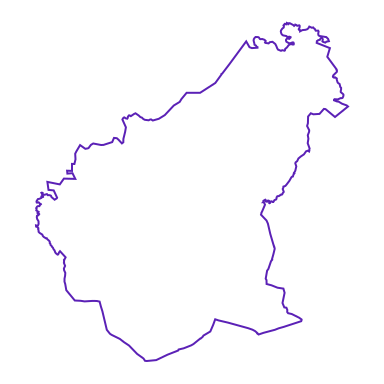 outline of Šķeltovas pag., Aglonas, Latvia
{"feature_id": "27541924B92789434462497", "entity_name": "Šķeltovas pag.", "entity_type": "district", "adm_level": 2, "iso_a3": "LVA", "parent_name": "Latvia", "parent_adm1": "Aglonas", "projection": "orthographic", "projection_center": [27.046, 56.047], "detail": "fine", "context": "isolated", "style": "outline", "palette": "violet", "viewbox_px": 384, "rotation_deg": 0, "n_neighbors": 0, "source": "geoboundaries", "source_scale": "gbopen_adm2", "svg_char_len": 5801}
<svg xmlns="http://www.w3.org/2000/svg" viewBox="0 0 384 384"><path d="M328.9,41.2L328.1,38.9L326.3,37.1L319.6,36.0L318.7,35.5L318.4,35.0L318.2,33.8L318.6,31.5L318.2,30.7L315.7,30.7L314.7,28.8L314.2,28.6L313.1,27.4L312.0,27.8L309.3,26.6L308.4,28.2L307.3,29.2L305.5,29.8L302.4,30.1L300.1,31.3L300.1,30.6L300.0,30.1L299.0,29.8L298.8,29.4L299.1,29.1L298.9,28.8L299.5,27.8L299.7,26.6L299.6,25.6L299.2,25.3L297.2,25.8L296.3,25.0L295.3,24.6L295.1,25.1L294.1,25.9L293.5,25.2L289.8,23.2L288.8,23.2L288.5,23.5L288.8,23.8L288.4,24.1L288.2,23.5L287.0,23.0L287.0,23.7L286.2,24.4L285.9,24.3L285.9,23.9L284.8,23.8L283.5,25.4L283.9,25.9L283.7,27.5L282.2,28.7L281.0,30.5L280.8,31.6L281.3,33.5L281.9,34.5L283.1,35.4L286.2,36.0L287.6,37.0L289.5,36.7L290.6,37.1L290.6,37.5L289.2,38.9L287.1,38.3L286.0,39.8L286.0,40.7L286.5,41.8L288.8,43.1L290.1,43.3L292.5,42.4L293.4,42.5L293.8,43.3L293.7,44.4L293.0,44.6L291.5,44.2L290.0,44.3L288.6,45.2L286.9,47.5L285.2,48.9L285.0,50.2L284.6,50.7L282.2,50.2L281.0,50.8L278.0,49.6L277.2,48.3L276.4,46.2L275.3,44.0L272.5,41.8L269.8,42.2L268.6,43.4L265.4,42.9L265.0,42.5L265.7,41.0L264.5,39.8L262.2,39.0L260.5,39.2L259.8,38.9L258.9,37.5L258.1,37.1L255.6,37.0L254.6,37.9L253.8,39.2L253.6,40.5L254.0,42.2L254.3,43.1L254.5,44.7L256.0,45.6L256.6,46.7L257.5,47.1L257.5,47.7L251.9,48.1L249.5,47.2L246.2,41.4L229.6,63.9L222.2,73.6L221.4,74.0L221.4,74.6L215.3,83.0L200.1,92.8L186.6,92.8L181.4,99.1L179.7,101.9L173.8,105.5L164.8,115.1L158.8,118.8L152.8,120.5L151.0,119.4L149.9,119.6L148.7,120.3L144.8,119.8L143.3,119.0L141.9,117.6L140.4,117.1L138.7,115.5L135.5,113.3L134.0,114.0L130.8,116.2L130.5,116.1L129.7,115.4L128.9,115.4L127.9,116.7L127.8,117.8L127.2,118.7L125.6,118.3L124.4,117.4L123.7,117.6L122.9,118.5L122.4,119.5L125.9,127.3L125.1,132.0L123.4,138.9L123.3,142.3L121.9,143.4L118.5,139.7L116.8,138.2L114.0,137.9L112.2,142.1L103.5,144.9L101.1,145.0L93.2,143.5L90.9,144.9L88.5,148.1L87.6,148.4L85.3,148.8L80.1,145.1L76.3,151.5L75.2,153.7L75.5,159.3L74.4,164.0L72.0,163.9L72.0,170.9L67.1,170.7L67.4,173.6L72.5,173.2L75.3,178.9L63.9,178.6L59.8,184.4L47.4,181.9L48.5,189.9L53.7,190.4L57.1,197.7L56.7,198.4L54.6,199.7L52.0,197.5L51.4,196.9L51.0,195.8L50.6,195.5L49.1,195.1L47.8,195.2L46.9,194.1L44.4,194.8L43.0,194.5L42.6,194.2L42.7,193.0L41.9,192.6L41.4,192.8L42.2,194.5L42.5,195.6L43.1,196.6L43.1,196.9L42.4,197.2L41.4,196.6L41.3,196.8L41.4,197.7L41.2,198.0L39.4,198.8L37.9,199.1L36.5,201.3L36.7,202.5L37.0,202.7L38.6,202.3L39.2,202.8L39.8,203.8L40.7,203.9L40.9,204.2L40.0,205.0L39.4,206.1L38.0,206.1L37.4,206.4L36.9,206.9L36.2,208.1L36.6,208.5L36.6,209.1L36.3,210.4L38.4,211.8L37.5,212.5L37.6,213.5L38.0,213.8L38.8,213.5L39.2,214.1L38.3,215.3L37.0,215.8L36.9,216.4L36.8,217.3L37.2,219.1L38.5,221.2L38.6,223.9L38.0,225.4L37.6,225.8L36.0,225.4L36.1,226.6L37.5,227.1L38.4,228.2L38.1,229.0L38.5,230.1L38.6,231.8L39.6,232.9L42.3,234.6L42.8,235.9L43.7,236.9L45.9,238.3L46.7,238.2L47.1,239.0L49.2,240.9L49.7,241.6L49.8,242.6L49.7,243.0L50.4,243.8L50.5,244.9L51.8,246.2L52.0,246.8L52.9,247.7L53.7,249.5L54.5,250.3L55.2,252.3L55.8,253.2L57.5,254.6L58.2,254.4L59.1,252.3L60.0,251.2L65.6,257.3L64.9,258.8L64.0,259.8L64.2,260.5L64.0,260.8L64.1,262.6L63.9,262.9L65.1,265.9L63.9,268.5L64.1,270.2L65.3,272.9L65.1,275.7L64.5,278.7L64.5,281.7L65.2,283.9L66.3,290.2L74.8,300.5L80.6,300.8L84.6,301.4L92.7,300.9L96.9,301.0L99.6,301.6L100.9,306.5L102.4,311.3L106.8,329.8L109.9,333.7L111.5,334.8L119.8,338.9L123.9,342.1L129.0,345.5L137.1,353.9L143.5,358.5L145.0,360.8L146.8,361.0L156.2,360.1L167.5,354.7L178.2,350.5L178.6,349.5L183.7,348.3L191.1,345.4L193.4,344.1L200.3,338.5L200.6,338.6L202.7,336.8L203.4,335.6L210.3,331.5L213.2,324.8L215.2,319.3L218.5,320.4L227.9,322.6L248.2,328.2L252.5,329.7L255.1,331.1L257.3,333.0L258.0,333.8L257.8,333.9L258.6,334.5L263.6,332.8L274.9,329.8L278.7,328.3L283.7,326.9L301.2,321.2L301.6,320.0L301.6,319.5L299.1,317.7L291.7,314.0L288.1,313.2L287.2,312.0L287.3,309.9L286.4,307.7L284.3,307.4L282.5,303.0L284.6,292.8L283.4,288.6L277.5,287.7L271.5,285.3L266.6,284.0L266.5,280.1L265.7,278.7L267.1,270.7L268.4,268.9L271.0,261.2L272.0,260.0L271.8,259.9L273.4,254.2L274.7,248.8L274.4,247.2L274.0,246.1L273.9,246.2L270.3,234.0L267.9,223.6L266.5,220.5L261.0,214.7L261.3,213.8L261.4,212.8L262.1,211.5L265.0,204.7L263.8,202.2L263.3,202.2L263.5,202.0L263.3,201.5L263.4,200.8L265.3,199.7L265.8,200.2L265.8,201.4L266.1,201.6L267.1,201.7L267.9,200.6L268.6,200.6L269.1,200.9L269.4,201.4L269.1,202.9L269.5,203.2L270.1,202.9L270.7,201.6L271.1,201.3L271.7,201.3L272.6,202.0L273.3,202.0L274.5,200.1L276.2,199.4L276.5,198.6L276.6,197.3L277.4,196.2L278.9,196.1L279.8,195.3L280.6,195.2L281.1,194.5L282.2,194.4L282.9,192.9L283.6,192.2L283.7,191.6L282.7,189.0L283.4,187.5L283.4,186.6L285.4,185.9L286.6,184.5L289.4,180.8L291.3,177.4L292.0,176.7L292.9,176.5L293.5,174.5L294.2,173.6L293.8,173.4L293.9,172.9L294.7,171.9L295.3,170.7L296.3,166.4L295.3,163.3L295.6,162.4L297.2,161.1L298.4,158.5L300.9,156.4L303.9,154.4L306.1,151.3L307.8,150.7L309.1,151.5L309.4,150.4L309.3,149.4L309.6,148.5L307.7,143.2L308.4,138.7L307.8,135.2L309.1,131.8L309.2,130.2L307.1,126.0L307.9,123.3L308.1,116.5L310.8,113.3L313.4,114.3L319.5,113.9L323.9,108.9L325.5,109.1L335.0,117.0L348.0,106.5L346.7,105.4L342.0,103.7L338.4,101.5L337.1,101.5L334.0,100.3L334.0,99.8L334.5,99.2L337.8,99.4L340.7,98.1L341.6,98.2L342.5,97.9L343.2,96.6L343.5,95.1L343.4,94.5L343.0,94.0L340.8,92.2L340.7,91.3L341.1,89.4L341.1,87.8L340.3,87.0L339.6,84.0L338.2,83.1L337.6,82.4L336.7,79.5L336.8,78.5L335.1,77.3L334.7,77.3L334.9,77.7L334.1,77.7L333.1,77.1L332.9,76.4L333.4,75.2L336.8,71.9L337.0,70.8L336.4,69.7L336.6,69.4L327.3,56.8L329.9,48.1L316.7,42.9L316.9,41.1L317.5,40.9L318.1,40.2L319.9,39.8L320.5,38.4L321.1,38.1L322.0,38.2L322.7,39.0L322.8,39.7L322.4,41.3L323.1,41.9L325.3,42.6L326.4,41.7L328.9,41.2Z" fill="none" stroke="#5b21b6" stroke-width="2"/></svg>